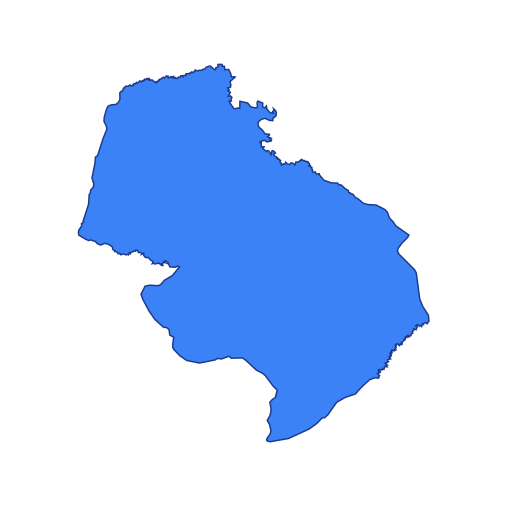 outline of Phanna Nikhom, Sakon Nakhon, Thailand, rotated 286°
{"feature_id": "78962969B32881438495472", "entity_name": "Phanna Nikhom", "entity_type": "district", "adm_level": 2, "iso_a3": "THA", "parent_name": "Thailand", "parent_adm1": "Sakon Nakhon", "projection": "robinson", "projection_center": [103.939, 17.31], "detail": "fine", "context": "isolated", "style": "filled", "palette": "blue", "viewbox_px": 512, "rotation_deg": 286, "n_neighbors": 0, "source": "geoboundaries", "source_scale": "gbopen_adm2", "svg_char_len": 6107}
<svg xmlns="http://www.w3.org/2000/svg" viewBox="0 0 512 512"><g transform="rotate(286 256 256)"><path d="M259.7,80.8L241.9,80.2L241.3,81.0L238.8,79.3L237.2,80.2L231.8,78.5L228.9,79.0L227.1,80.1L225.1,88.0L224.8,90.7L226.0,93.3L225.6,95.4L225.9,97.2L224.1,100.2L223.7,103.6L226.5,107.2L226.6,110.7L225.3,115.2L222.7,116.7L222.2,118.9L221.3,119.1L221.6,120.7L220.9,122.5L220.2,122.7L220.8,123.6L220.0,125.8L220.6,125.7L221.3,127.9L221.3,130.8L222.2,131.7L221.8,132.9L223.5,133.3L223.4,133.9L224.2,133.5L223.9,134.6L224.8,134.5L226.5,136.9L227.2,136.9L227.4,138.9L228.8,139.0L228.5,141.0L226.9,141.9L227.5,144.0L227.2,145.6L226.0,145.5L227.6,147.3L225.8,147.8L224.4,149.5L224.1,150.9L225.0,152.8L223.0,155.8L222.5,158.0L221.6,158.7L220.1,158.4L220.8,159.5L220.4,160.8L222.4,164.8L221.7,166.1L222.5,167.4L220.9,167.6L221.2,169.1L222.7,168.2L224.4,169.0L224.5,170.5L225.6,169.3L226.5,169.8L225.3,173.4L224.4,172.7L224.2,174.1L221.8,176.3L223.1,181.9L224.8,183.5L224.4,185.4L214.3,181.1L207.6,174.8L202.1,172.1L200.4,169.9L198.7,162.1L196.4,157.7L187.5,156.0L182.9,159.4L173.3,168.7L167.1,176.4L161.9,186.9L162.6,189.3L161.5,192.6L156.2,194.9L155.3,199.3L148.8,200.2L145.4,201.1L143.8,202.3L139.1,210.3L136.5,218.3L137.5,231.1L145.0,245.6L146.8,247.0L147.6,251.3L151.9,257.3L152.0,258.5L150.9,260.2L154.3,271.1L152.8,275.3L146.5,287.6L145.0,294.7L143.6,297.9L135.6,308.4L132.9,313.4L125.2,313.6L122.7,311.3L119.2,309.6L113.6,312.5L110.1,313.3L106.0,313.3L101.1,312.1L97.7,315.5L92.2,318.5L89.0,318.7L83.2,316.7L81.6,317.2L81.2,318.5L81.3,320.6L89.5,337.5L104.2,354.6L111.9,360.7L118.7,364.3L119.4,366.5L123.0,368.8L137.7,373.9L144.8,380.9L150.8,389.6L158.9,393.5L168.2,399.1L171.6,403.7L172.4,407.5L173.8,407.6L174.2,407.0L175.1,407.7L176.4,405.2L178.9,408.1L178.0,405.1L179.2,406.4L180.2,405.0L180.6,405.6L180.0,406.6L181.0,406.2L181.2,408.6L183.5,408.9L182.3,409.2L182.3,410.2L185.4,410.4L185.6,412.5L186.6,411.4L187.3,412.4L188.6,409.5L190.0,411.9L191.0,412.4L191.2,411.5L192.5,410.9L194.2,413.7L195.4,411.9L195.9,412.9L196.8,412.3L197.3,413.6L198.9,412.9L198.3,412.3L199.5,411.5L200.4,412.0L200.3,412.8L199.7,412.8L200.0,413.4L200.9,413.3L201.4,412.4L202.1,412.9L202.1,412.2L203.3,412.6L202.8,414.9L203.5,415.6L204.1,415.2L204.5,416.2L205.2,415.2L206.3,415.2L206.6,415.9L208.5,414.4L209.1,414.8L208.6,415.4L210.2,415.2L210.5,417.6L209.8,417.5L209.4,418.6L210.5,418.7L210.7,419.7L211.4,419.5L211.6,420.8L212.6,420.5L212.2,419.7L212.7,419.5L216.5,422.2L216.8,421.5L217.4,421.5L217.2,422.4L219.4,421.9L219.3,423.3L220.6,423.0L221.6,423.9L220.1,424.7L220.6,425.5L221.3,425.1L222.0,426.8L224.4,427.0L225.1,427.9L225.8,427.2L227.5,427.5L227.7,428.1L229.5,427.7L229.3,430.3L231.6,430.4L232.6,429.2L232.6,430.2L233.7,429.3L234.5,429.9L233.9,430.4L234.3,431.7L233.4,432.5L234.8,434.2L234.2,434.7L235.9,434.7L236.1,435.5L236.6,434.7L238.8,437.8L238.0,439.1L241.2,440.2L246.6,438.0L253.5,430.1L259.9,425.2L283.8,414.8L286.5,412.2L297.3,392.8L299.8,390.6L302.6,390.5L308.7,392.8L315.5,396.6L318.3,397.2L323.5,382.1L326.7,378.3L329.3,373.8L334.0,370.5L336.1,367.5L338.1,357.4L336.3,349.4L336.3,344.6L339.4,337.6L339.3,336.0L342.2,331.8L342.0,329.5L342.6,329.3L342.8,327.4L344.5,326.6L345.2,323.4L347.6,318.7L347.8,317.4L347.0,316.5L348.6,314.3L347.1,308.8L347.5,300.5L351.5,294.5L352.5,294.2L351.4,291.4L353.2,289.7L352.2,287.9L353.1,286.7L354.4,286.7L355.8,285.0L356.6,285.2L356.7,283.8L357.7,283.4L357.2,282.0L358.6,282.5L359.7,281.7L360.2,279.8L360.9,279.9L360.6,276.3L361.1,276.2L360.7,274.9L361.5,273.3L361.0,272.9L361.3,272.4L360.4,273.1L360.0,272.0L358.2,271.2L357.3,268.4L354.3,268.4L355.5,265.1L354.8,263.6L353.1,263.1L353.2,260.7L354.3,258.8L352.7,258.7L352.2,257.3L350.2,255.7L350.5,255.1L351.7,255.3L353.3,252.8L354.5,253.3L355.5,251.2L355.0,250.3L355.6,249.6L356.2,250.5L355.9,249.1L356.6,249.1L357.5,245.8L358.9,244.9L360.3,246.3L361.4,244.8L361.9,243.1L361.5,242.4L357.6,242.5L360.4,239.6L360.5,237.9L359.4,237.4L360.6,234.1L361.4,233.2L363.2,233.7L362.5,231.0L366.2,229.9L366.0,228.6L366.9,228.4L369.6,231.9L368.7,235.2L370.8,238.9L371.6,239.0L372.1,237.0L373.4,238.1L373.7,234.2L376.2,235.6L376.7,235.3L375.9,230.9L378.8,227.4L380.7,223.2L383.3,221.5L385.8,221.4L388.6,223.3L390.8,226.5L390.1,231.4L390.7,234.8L393.0,234.4L396.2,236.6L399.2,236.1L401.0,234.9L402.4,232.3L400.8,233.2L399.6,232.2L398.0,233.4L397.7,229.6L400.7,225.6L403.0,224.7L400.8,223.7L401.1,221.2L404.8,220.4L405.5,215.1L403.9,214.7L399.7,216.3L398.3,215.4L397.9,210.0L400.8,205.7L400.3,197.9L393.5,199.7L393.2,197.4L391.6,195.3L391.8,193.8L397.2,187.4L397.7,187.5L398.1,189.6L399.5,188.8L401.9,189.1L402.8,187.4L401.8,185.3L406.1,186.2L406.9,185.3L407.2,183.5L408.4,184.3L409.7,182.4L411.2,184.9L413.6,184.7L416.3,182.9L422.3,186.6L422.2,185.1L421.3,184.0L421.6,182.9L424.5,181.3L427.8,178.3L426.5,174.6L429.7,173.4L429.0,171.0L430.5,170.9L430.8,170.2L429.6,166.6L427.4,167.4L425.7,165.5L423.9,165.8L423.7,164.7L425.9,160.0L425.8,159.0L423.7,156.0L421.7,155.5L421.0,153.7L419.4,152.5L419.2,150.9L417.5,148.1L418.1,146.3L415.0,145.3L415.3,143.5L414.0,142.9L413.8,142.0L413.1,142.1L411.8,138.4L410.2,138.7L409.5,136.6L408.1,136.3L409.0,135.3L408.5,134.1L407.1,134.0L406.8,132.4L404.8,131.1L404.7,129.8L405.3,129.5L404.3,128.3L405.9,127.4L405.1,126.9L405.2,126.1L404.2,126.1L405.0,124.9L403.2,123.1L403.9,122.6L403.7,122.0L404.7,121.7L404.2,120.0L401.7,119.0L402.3,117.8L401.2,116.5L399.6,115.6L399.0,114.2L397.8,114.6L396.6,112.7L395.4,112.8L395.8,111.8L394.9,111.4L396.6,107.8L395.6,104.8L396.7,105.0L397.2,104.3L396.6,104.2L396.6,103.0L396.1,103.3L396.0,101.6L394.8,101.0L395.4,100.8L395.2,100.1L392.9,99.2L393.1,98.3L391.7,97.8L392.3,96.0L390.2,95.0L389.2,93.4L389.6,93.1L388.2,92.8L388.2,91.3L386.9,90.5L386.0,91.0L385.2,89.8L385.7,87.7L384.0,86.5L383.2,83.8L380.7,82.9L380.8,82.4L377.4,82.0L376.9,80.8L375.3,80.1L369.3,82.0L366.7,81.7L363.2,79.8L361.4,75.2L359.7,73.0L358.5,72.2L354.5,71.8L347.3,71.9L343.5,72.8L339.4,76.5L336.7,77.7L326.7,76.6L308.9,76.1L306.8,74.4L301.1,75.6L285.9,76.8L282.1,79.1L282.1,79.7L277.8,80.8L273.6,78.9L270.6,79.4L269.0,78.7L259.7,80.8Z" fill="#3b82f6" stroke="#1e3a8a" stroke-width="1.5"/></g></svg>